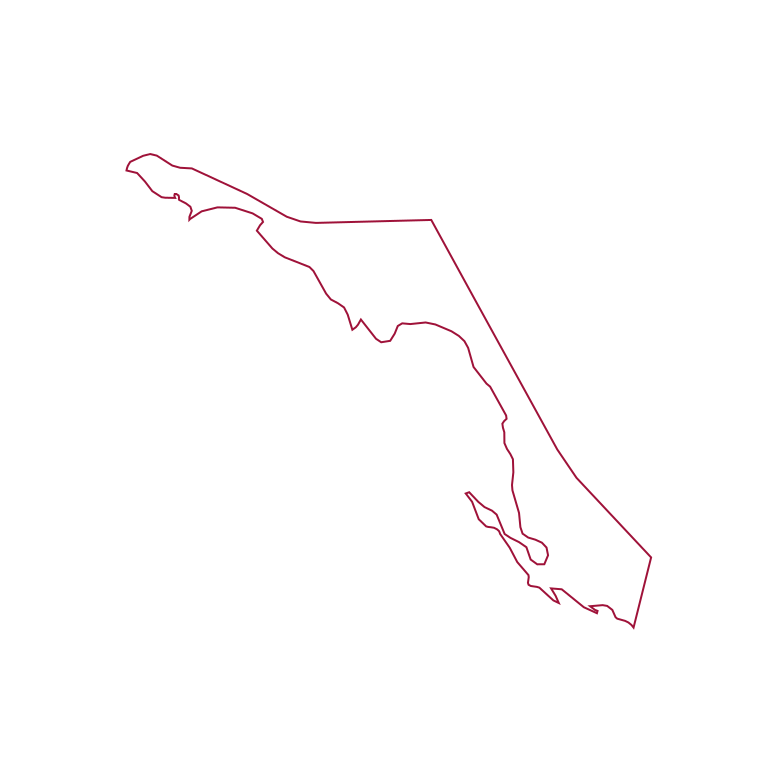 outline of Aurora, rotated 105°
{"feature_id": "PHL-2549", "entity_name": "Aurora", "entity_type": "Province", "adm_level": 1, "iso_a3": "PHL", "parent_name": "Philippines", "parent_adm1": "", "projection": "natural_earth1", "projection_center": [121.766, 15.77], "detail": "fine", "context": "isolated", "style": "outline", "palette": "rose", "viewbox_px": 768, "rotation_deg": 105, "n_neighbors": 0, "source": "natural_earth", "source_scale": "10m", "svg_char_len": 1971}
<svg xmlns="http://www.w3.org/2000/svg" viewBox="0 0 768 768"><g transform="rotate(105 384 384)"><path d="M554.7,79.9L552.7,82.6L551.1,86.2L550.4,89.8L550.3,98.0L549.3,100.0L543.1,105.0L540.6,111.0L541.0,115.5L545.3,127.4L547.6,121.8L547.9,119.0L550.3,119.0L547.9,133.2L536.3,159.2L538.2,169.7L544.2,163.4L550.3,158.5L549.2,164.4L540.5,181.2L540.4,183.8L541.1,189.9L540.5,192.4L538.8,193.5L533.1,194.2L531.2,195.0L521.5,209.2L509.6,220.2L498.7,233.1L497.4,233.9L496.2,235.0L495.1,237.2L494.4,240.5L494.7,243.7L495.1,246.4L495.1,248.5L490.1,257.5L475.0,268.4L468.6,276.7L466.5,273.7L473.4,262.5L476.9,255.0L478.4,246.9L481.0,241.4L497.7,228.6L499.9,222.0L501.8,212.6L504.8,204.2L515.6,196.9L518.5,189.3L516.6,182.5L507.0,181.2L499.9,184.7L496.4,190.4L495.2,197.5L495.0,205.0L492.7,211.4L487.0,215.2L473.6,220.2L453.5,232.4L448.5,234.2L435.8,236.2L423.3,240.0L419.0,243.8L414.9,248.4L409.9,252.4L399.5,255.3L395.4,257.8L391.7,259.4L388.8,258.4L385.9,256.6L382.8,257.9L359.1,280.8L357.1,285.1L344.4,301.9L327.3,312.1L321.8,317.4L318.2,324.1L315.6,332.5L313.2,349.8L313.8,359.7L319.3,374.1L320.7,382.1L324.4,385.7L332.6,386.7L340.7,389.2L344.4,397.5L342.4,403.4L327.7,423.0L333.5,424.5L336.5,425.9L339.8,428.6L326.4,437.0L320.4,442.4L317.9,449.4L316.1,457.2L311.7,463.3L293.1,481.4L290.3,486.3L287.3,512.6L285.1,520.2L282.0,526.9L268.8,546.5L262.7,544.8L258.8,542.8L256.1,544.8L253.2,555.1L252.3,573.4L256.5,590.6L264.4,604.8L274.8,614.0L275.7,614.5L272.9,615.2L266.5,614.5L262.9,616.9L260.8,622.1L259.2,629.5L258.4,630.0L256.8,630.3L255.1,631.2L254.2,633.8L254.6,635.3L256.1,635.3L257.6,634.5L258.3,633.9L260.7,643.6L261.1,647.2L257.7,657.7L250.3,667.3L244.1,677.1L244.4,688.0L242.0,688.1L239.6,687.9L237.3,687.3L235.1,686.6L225.9,675.7L222.4,669.4L222.2,662.6L227.8,645.0L227.9,636.9L225.5,625.4L235.9,565.3L247.6,521.2L248.6,506.7L246.0,491.4L213.3,380.8L276.4,320.5L402.4,199.7L424.8,173.8L482.4,81.1L554.7,79.9Z" fill="none" stroke="#9f1239" stroke-width="2"/></g></svg>